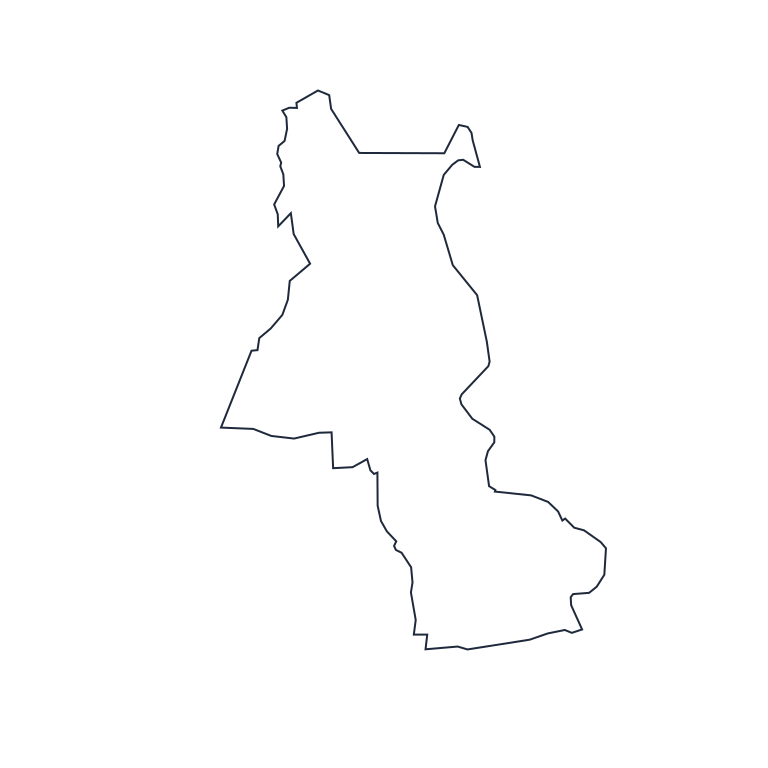 Castleknock Lea-6, Fingal, Ireland, rotated 250°
{"feature_id": "5873133B47957460219787", "entity_name": "Castleknock Lea-6", "entity_type": "district", "adm_level": 2, "iso_a3": "IRL", "parent_name": "Ireland", "parent_adm1": "Fingal", "projection": "orthographic", "projection_center": [-6.404, 53.378], "detail": "fine", "context": "isolated", "style": "outline", "palette": "slate", "viewbox_px": 768, "rotation_deg": 250, "n_neighbors": 0, "source": "geoboundaries", "source_scale": "gbopen_adm2", "svg_char_len": 1481}
<svg xmlns="http://www.w3.org/2000/svg" viewBox="0 0 768 768"><g transform="rotate(250 384 384)"><path d="M601.8,542.9L580.2,519.6L609.6,439.7L660.6,428.4L674.2,431.3L682.4,422.3L678.2,397.9L673.2,396.6L676.0,389.5L675.7,382.0L668.1,383.5L656.9,380.2L646.4,373.7L643.8,366.4L636.6,362.3L627.3,363.1L624.0,361.0L615.4,361.1L604.3,357.8L590.3,342.2L579.8,342.2L568.3,338.5L576.4,354.9L555.8,350.4L522.3,355.7L513.1,330.7L496.1,322.5L483.7,312.1L474.9,296.5L469.8,282.5L459.1,276.7L460.6,270.9L398.8,215.9L386.5,245.8L373.7,260.4L363.5,280.8L360.4,306.3L356.5,318.2L322.3,307.4L316.6,326.0L319.2,342.5L307.6,341.7L302.9,343.8L303.0,347.5L271.8,336.4L256.3,334.3L244.5,336.3L232.0,341.7L228.4,338.1L224.0,338.4L219.4,342.8L202.5,346.8L187.7,342.9L178.9,338.0L151.4,333.1L138.3,326.3L133.7,338.9L120.5,332.3L112.1,363.4L106.0,371.7L93.9,433.5L93.6,452.6L91.0,469.8L85.9,475.4L85.6,486.2L112.1,484.2L119.8,486.5L121.9,489.9L117.6,505.3L120.8,514.6L129.4,525.8L153.7,536.4L161.3,533.6L178.1,521.9L183.9,513.6L195.6,508.2L194.7,504.9L204.7,504.0L217.0,497.9L229.0,484.2L245.0,451.4L246.3,452.4L252.0,447.8L277.7,453.3L285.3,458.7L291.5,467.7L296.8,469.7L304.9,467.6L321.1,455.1L338.4,449.8L344.4,450.3L347.7,453.5L365.1,488.2L368.9,490.9L388.6,495.1L435.6,501.9L472.1,489.3L504.0,491.2L516.9,489.6L533.5,492.7L560.1,511.7L566.7,523.2L568.8,530.2L567.6,535.1L557.1,543.3L555.2,548.4L582.8,550.7L589.9,552.1L597.0,550.5L601.8,542.9Z" fill="none" stroke="#1e293b" stroke-width="2"/></g></svg>